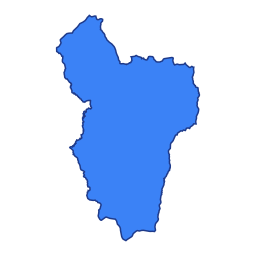 outline of Silos, Norte de Santander, Colombia
{"feature_id": "7082276B89069958186341", "entity_name": "Silos", "entity_type": "district", "adm_level": 2, "iso_a3": "COL", "parent_name": "Colombia", "parent_adm1": "Norte de Santander", "projection": "robinson", "projection_center": [-72.792, 7.177], "detail": "fine", "context": "isolated", "style": "filled", "palette": "blue", "viewbox_px": 256, "rotation_deg": 0, "n_neighbors": 0, "source": "geoboundaries", "source_scale": "gbopen_adm2", "svg_char_len": 5669}
<svg xmlns="http://www.w3.org/2000/svg" viewBox="0 0 256 256"><path d="M154.6,231.5L155.5,230.1L154.9,226.9L155.4,224.0L156.4,222.4L157.5,221.3L157.7,220.7L158.1,220.2L158.4,219.0L157.8,217.0L158.1,215.7L158.0,214.7L158.5,213.8L158.5,213.0L158.9,212.3L159.1,210.7L160.0,208.6L159.3,206.0L159.3,205.0L160.6,203.3L160.9,202.5L160.8,201.3L160.4,199.6L160.9,196.1L161.2,195.0L161.7,194.6L161.4,193.0L162.0,192.7L162.0,192.3L161.6,191.4L162.1,190.7L161.9,189.2L163.9,184.8L164.0,183.2L164.3,182.5L164.1,181.7L164.5,181.5L164.4,180.7L163.9,180.2L164.3,179.4L163.9,178.5L164.8,178.3L165.0,177.5L166.1,176.4L166.8,174.8L166.9,174.2L167.5,173.7L168.3,171.5L168.7,170.9L169.5,170.5L169.4,169.2L170.0,168.8L169.8,168.0L170.2,167.6L170.3,165.7L170.0,164.2L169.5,163.5L169.4,161.0L169.7,160.4L169.2,158.7L169.4,156.6L169.2,155.3L169.4,154.4L168.7,153.5L168.4,150.9L169.1,149.7L170.3,148.5L170.5,144.2L171.0,143.0L172.0,142.1L172.5,141.3L173.0,140.9L175.4,135.4L175.9,135.0L177.2,134.9L177.5,133.2L180.9,130.8L182.4,131.1L183.2,130.2L183.9,130.0L184.7,130.4L185.4,130.5L186.4,128.3L188.2,127.9L189.6,128.5L190.4,126.9L192.8,125.3L193.6,123.9L196.1,123.9L195.7,122.0L195.9,120.5L196.5,118.3L196.4,116.4L198.0,113.0L198.5,111.0L198.7,109.1L198.3,108.2L197.5,107.2L197.4,106.4L197.0,105.7L197.3,103.9L197.0,102.7L198.1,99.8L197.6,98.0L198.9,96.4L199.4,95.2L199.3,94.0L198.6,93.3L198.9,92.6L198.3,91.4L198.0,87.9L196.9,87.3L196.1,87.3L195.7,87.0L195.4,86.5L195.4,85.7L194.6,85.2L194.4,84.7L193.3,83.4L193.3,81.4L192.6,79.2L192.7,78.3L192.3,77.3L192.6,76.2L193.1,75.7L193.1,75.0L193.9,72.4L193.5,69.1L193.8,67.2L193.0,67.2L192.1,66.5L191.7,66.4L190.2,67.5L189.3,67.4L186.1,64.7L185.1,63.1L184.3,64.0L183.6,64.4L179.4,64.7L177.1,64.1L174.6,64.9L174.1,64.3L173.1,61.9L172.8,60.4L173.2,58.5L172.9,57.7L171.8,57.5L164.1,58.7L163.3,59.3L162.4,60.9L159.8,62.0L157.5,62.0L156.2,61.7L155.0,60.2L154.0,59.5L153.6,57.9L152.7,56.7L149.8,56.4L148.6,56.7L147.9,58.7L147.6,58.6L147.1,59.8L146.2,60.0L143.8,59.1L143.6,58.8L143.8,58.4L143.6,58.1L143.0,58.1L141.6,58.7L141.3,57.5L141.0,57.3L137.7,56.4L136.4,55.5L136.0,55.5L134.8,56.3L131.1,56.8L131.6,57.6L131.9,60.7L131.2,61.4L130.9,62.4L130.5,62.7L129.4,62.8L129.2,63.2L128.1,63.8L127.3,64.1L126.3,64.1L126.3,64.4L123.1,63.6L121.6,63.8L120.2,63.6L119.9,63.3L119.9,61.7L118.6,59.9L118.2,57.4L116.8,54.4L116.1,52.4L115.6,50.0L114.6,47.5L114.0,46.5L111.8,44.0L109.4,42.3L106.8,39.7L106.3,38.3L105.3,37.0L104.9,36.0L104.8,34.9L104.0,33.4L103.0,32.5L101.6,30.3L100.5,29.6L100.7,28.6L100.5,27.7L100.5,25.9L100.9,24.5L100.7,23.4L101.6,22.0L102.4,21.3L102.7,19.9L102.6,19.3L101.5,18.8L100.1,18.8L98.7,19.6L97.3,19.6L96.7,19.0L96.0,17.1L95.9,16.2L94.9,16.0L91.9,16.8L91.2,16.7L89.3,15.4L88.7,16.2L87.4,17.4L86.2,19.3L85.0,20.7L82.8,22.2L79.9,23.6L77.5,26.9L73.5,30.7L72.3,33.0L68.9,33.2L66.9,33.6L65.3,34.9L63.7,36.6L61.3,38.7L60.4,39.6L60.3,40.1L60.6,41.6L61.0,42.4L60.8,43.6L59.2,46.2L58.2,47.0L57.0,47.4L56.6,47.9L56.7,51.5L58.4,52.6L58.9,53.4L60.0,53.2L61.4,55.0L61.8,56.2L62.8,56.3L62.7,58.7L62.4,59.7L62.4,61.5L62.7,62.2L64.6,64.2L65.6,68.6L65.0,69.4L64.9,70.6L64.0,72.8L64.3,73.7L64.3,74.8L64.5,75.1L64.7,77.2L65.2,78.0L66.2,79.0L67.1,78.9L69.6,82.4L70.6,82.7L70.9,83.7L71.3,83.7L71.4,83.9L71.2,84.2L71.5,84.7L71.4,85.2L71.2,85.6L71.0,85.3L70.5,86.1L70.4,87.5L70.5,87.9L71.1,88.2L71.4,89.6L71.9,90.4L71.9,92.3L72.4,92.9L73.7,93.0L73.8,93.6L74.5,93.3L74.8,94.1L75.4,94.0L75.6,94.2L75.8,95.0L77.1,95.2L77.7,96.3L78.4,96.6L78.6,97.4L79.5,97.7L80.1,98.8L81.1,99.1L81.6,100.3L82.3,100.7L83.2,102.0L84.3,101.8L84.8,102.2L86.4,100.9L88.2,100.5L90.3,100.4L90.6,100.9L90.3,101.6L90.4,103.1L90.1,104.1L90.7,105.6L90.8,106.6L91.5,107.5L91.5,108.0L90.7,108.9L88.5,108.1L87.8,109.1L86.6,109.3L86.1,110.2L86.3,111.5L86.1,112.0L85.7,112.4L85.2,111.5L84.5,111.2L84.2,111.4L83.8,111.8L83.8,112.9L83.1,113.8L83.5,114.5L84.3,114.1L84.3,115.0L85.1,116.1L84.8,116.3L83.7,115.9L83.3,116.0L83.1,117.1L83.9,116.8L84.1,117.0L83.9,117.5L83.6,118.0L82.8,117.6L82.6,117.8L82.6,119.0L83.0,121.0L83.2,121.4L83.7,121.5L83.8,121.9L82.7,122.8L83.0,124.0L83.0,125.2L82.5,125.4L82.4,125.9L83.6,129.7L83.2,130.1L83.7,130.8L83.7,131.0L83.3,131.2L83.2,133.2L82.1,134.7L81.2,134.7L81.3,136.0L81.8,137.5L81.7,138.1L80.7,138.9L80.6,138.3L80.2,138.2L78.8,140.0L77.5,140.2L76.9,140.0L76.9,140.6L76.5,140.6L75.6,142.0L75.5,142.7L75.9,143.2L75.5,143.4L75.2,144.1L74.7,144.0L74.3,145.0L74.2,144.6L73.6,145.5L72.9,145.7L73.1,146.4L72.6,147.0L71.3,146.6L70.2,147.0L69.8,147.4L70.2,148.1L71.4,148.8L72.8,150.2L73.3,151.0L73.0,152.3L73.7,153.5L73.3,153.9L73.2,154.5L74.4,155.1L74.9,156.1L77.2,157.7L77.6,158.3L77.8,159.9L78.4,161.1L78.4,162.7L79.1,163.5L80.0,165.6L80.5,168.6L81.1,169.8L83.8,171.1L84.5,171.9L83.6,172.8L83.5,173.3L83.5,173.7L84.4,174.7L84.5,175.2L83.6,176.0L83.6,176.5L84.1,177.0L85.3,177.4L85.7,177.8L86.0,178.9L86.6,179.2L87.1,179.8L87.1,180.4L87.5,180.9L87.6,181.5L87.3,182.1L87.7,183.5L87.4,185.0L87.8,185.7L87.8,186.7L88.2,186.9L89.6,187.2L89.9,187.7L90.0,189.9L89.1,190.7L88.7,190.9L88.2,190.5L87.8,192.1L87.3,192.3L87.5,193.1L86.8,195.4L87.8,198.5L89.7,199.9L93.1,200.4L95.3,200.2L95.9,201.0L97.4,201.5L97.8,202.5L99.7,202.9L100.9,204.2L101.1,205.0L100.5,206.8L100.3,208.0L99.7,209.3L99.0,209.7L98.7,210.3L99.0,211.0L98.7,212.2L98.8,212.7L98.2,215.7L98.4,216.8L99.8,219.3L100.7,220.1L101.5,220.2L105.6,217.2L106.4,217.1L110.0,218.4L115.4,219.2L116.5,220.8L117.5,224.3L118.8,225.5L120.0,227.3L120.4,228.5L120.5,230.3L121.7,236.6L122.5,238.3L123.2,239.2L125.9,240.6L127.2,239.5L131.6,236.7L132.3,235.9L133.2,233.7L133.6,233.3L136.0,231.3L137.2,230.6L139.4,231.0L141.6,230.4L143.4,230.3L149.9,231.4L152.7,231.3L154.6,231.5Z" fill="#3b82f6" stroke="#1e3a8a" stroke-width="1.5"/></svg>